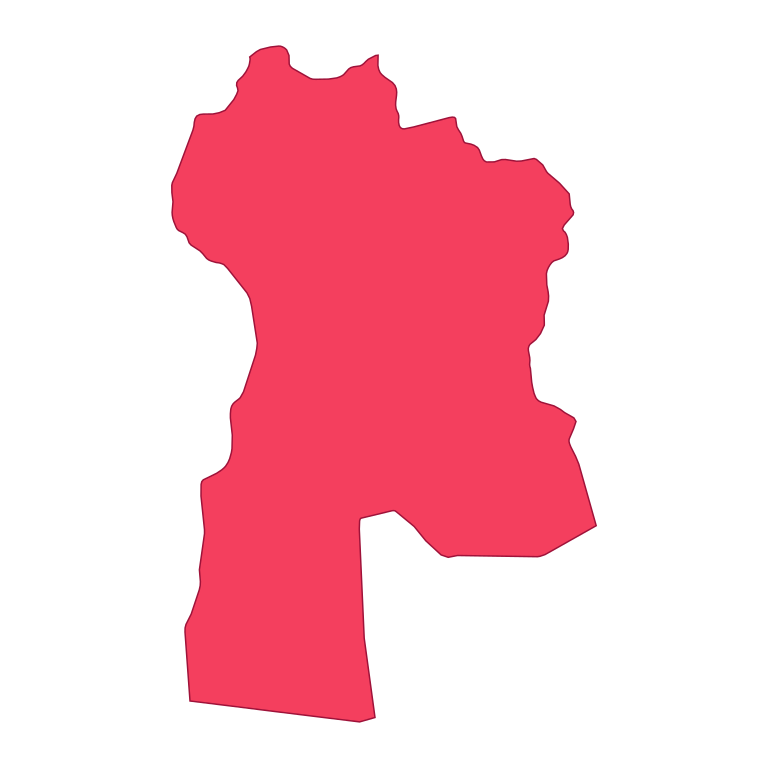 map outline of Bayanhongor (Natural Earth projection)
{"feature_id": "MNG-3317", "entity_name": "Bayanhongor", "entity_type": "Province", "adm_level": 1, "iso_a3": "MNG", "parent_name": "Mongolia", "parent_adm1": "", "projection": "natural_earth1", "projection_center": [99.6, 45.149], "detail": "fine", "context": "isolated", "style": "filled", "palette": "rose", "viewbox_px": 768, "rotation_deg": 0, "n_neighbors": 0, "source": "natural_earth", "source_scale": "10m", "svg_char_len": 3255}
<svg xmlns="http://www.w3.org/2000/svg" viewBox="0 0 768 768"><path d="M359.6,721.9L317.2,716.7L274.8,711.5L232.4,706.2L190.0,701.0L185.0,632.0L185.1,627.9L186.0,624.4L191.2,614.1L199.3,589.8L200.2,585.6L200.4,581.6L199.4,569.8L204.5,533.7L204.5,529.7L201.0,496.1L201.1,484.4L201.8,481.6L203.3,479.8L216.6,473.3L221.7,469.9L224.0,467.9L225.6,466.2L228.0,462.5L229.7,458.6L231.4,452.5L232.0,448.7L232.3,435.1L230.4,418.0L230.4,413.7L230.8,409.1L231.7,406.1L233.2,403.7L234.7,402.2L238.7,399.1L240.2,397.7L243.5,391.8L255.5,355.1L256.8,348.4L257.3,343.1L251.6,306.3L249.8,298.5L247.0,292.9L227.6,268.4L223.9,264.6L222.1,263.8L219.3,262.9L216.1,262.5L211.1,261.0L208.8,260.0L206.6,258.4L202.7,253.6L199.9,250.8L191.1,245.1L189.1,242.8L187.0,236.8L185.3,234.2L183.2,232.8L178.6,230.5L177.1,229.0L176.2,227.4L173.8,221.5L172.9,218.5L172.3,215.4L172.1,212.3L173.0,201.7L171.9,192.7L171.8,185.3L172.4,182.6L176.8,173.3L192.9,130.2L193.9,126.3L194.3,122.2L195.1,118.7L196.7,116.1L199.8,114.5L203.3,114.1L212.9,114.0L219.3,112.7L225.2,110.3L233.8,99.6L236.6,94.4L238.0,90.7L237.5,87.9L236.6,85.5L236.8,82.6L238.2,80.4L242.7,76.2L245.8,72.0L247.5,68.9L248.8,66.2L249.4,64.0L250.0,60.4L250.1,59.0L250.0,58.1L249.7,57.0L256.4,51.7L260.3,49.5L270.5,47.0L278.7,46.1L280.5,46.2L282.3,46.8L283.9,47.6L285.3,48.6L286.7,50.0L289.0,55.5L289.2,64.0L290.3,66.3L292.4,68.3L310.1,78.4L312.8,79.2L315.9,79.3L328.4,79.1L336.8,77.9L339.9,76.8L341.6,76.0L343.6,74.7L348.7,69.0L350.8,67.6L353.5,66.8L360.1,65.9L362.1,64.9L363.9,63.5L365.8,61.5L368.4,59.2L375.6,55.5L378.1,55.2L377.9,65.5L378.7,69.4L380.1,72.6L381.8,74.6L384.9,77.3L392.5,82.6L395.0,85.6L396.3,88.9L396.7,92.2L396.5,95.5L395.7,101.9L395.6,105.2L396.1,108.8L397.0,111.1L398.2,113.5L398.7,115.5L398.8,117.3L398.6,119.7L398.6,122.4L399.2,125.5L400.4,127.6L402.3,128.7L404.3,128.9L413.5,127.0L449.2,117.6L452.4,117.1L454.5,117.4L455.6,118.5L456.8,126.6L458.4,129.7L460.8,133.4L462.1,136.5L463.6,141.2L464.5,142.5L465.5,143.0L470.9,144.1L474.1,145.3L477.6,147.6L479.3,150.1L481.5,156.1L482.9,159.1L484.3,160.8L486.5,162.0L494.3,161.9L501.6,159.6L505.4,159.5L516.6,161.2L521.3,161.0L534.1,158.5L536.4,159.4L542.8,165.0L546.5,171.6L547.9,173.3L559.6,183.3L569.2,193.9L570.2,204.3L570.7,206.6L571.6,208.8L573.0,210.6L573.6,212.5L573.1,214.8L564.2,225.0L562.4,228.6L563.5,230.9L565.0,232.2L566.3,234.4L567.4,237.4L568.3,244.1L568.2,249.4L567.7,251.8L566.9,253.5L565.1,255.7L562.4,257.6L559.3,259.0L553.8,260.9L551.8,262.5L550.0,264.8L548.4,267.5L547.1,270.5L546.4,273.7L546.8,284.9L548.1,291.6L548.6,296.0L548.4,301.2L544.1,315.2L544.3,322.0L544.3,325.2L540.5,333.5L535.9,339.5L529.9,344.4L528.9,346.2L528.3,348.3L528.4,350.7L529.7,357.5L529.9,360.4L529.6,364.4L529.8,366.3L530.4,368.4L531.7,382.2L532.6,387.3L534.0,393.2L535.1,396.0L536.3,398.6L538.4,400.7L541.1,402.2L554.0,405.9L560.5,409.5L564.6,412.6L573.9,417.9L576.0,421.5L573.5,428.9L569.6,438.0L569.1,439.4L569.0,441.3L569.5,443.6L570.8,446.9L575.6,456.4L578.8,464.1L596.2,525.7L545.0,554.6L540.0,556.3L537.5,556.7L457.5,555.5L448.2,557.3L441.1,554.9L425.8,540.8L414.2,526.5L396.4,511.8L395.0,510.8L393.7,510.6L392.2,510.7L361.0,518.2L360.1,519.1L359.6,520.9L359.3,529.1L364.2,638.1L375.0,717.5L359.6,721.9Z" fill="#f43f5e" stroke="#9f1239" stroke-width="1.5"/></svg>